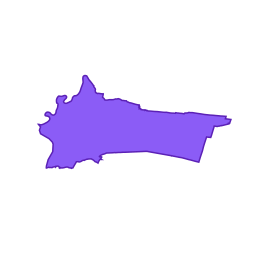 outline of Suharau, Botosani, Romania, rotated 326°
{"feature_id": "2599482B9614672235504", "entity_name": "Suharau", "entity_type": "district", "adm_level": 2, "iso_a3": "ROU", "parent_name": "Romania", "parent_adm1": "Botosani", "projection": "equal_earth", "projection_center": [26.43, 48.129], "detail": "fine", "context": "isolated", "style": "filled", "palette": "violet", "viewbox_px": 256, "rotation_deg": 326, "n_neighbors": 0, "source": "geoboundaries", "source_scale": "gbopen_adm2", "svg_char_len": 5464}
<svg xmlns="http://www.w3.org/2000/svg" viewBox="0 0 256 256"><g transform="rotate(326 128 128)"><path d="M215.8,173.2L213.2,171.1L212.1,170.3L211.2,169.6L210.3,168.8L208.8,167.6L207.2,166.3L206.0,165.3L204.2,163.9L203.9,163.7L201.5,161.7L198.9,159.5L196.8,157.5L193.6,154.6L189.7,151.0L188.8,150.5L188.2,150.0L187.9,149.8L187.2,149.1L186.4,149.0L185.6,148.7L185.2,148.4L184.4,148.1L183.7,147.4L182.7,147.5L182.4,147.6L180.8,146.0L179.1,144.7L178.5,144.1L177.4,143.3L176.1,142.0L175.7,142.2L175.5,142.3L173.5,140.7L173.1,140.5L170.8,138.6L170.5,138.2L169.7,137.5L168.6,136.4L168.0,136.0L167.6,135.9L166.8,135.2L166.2,134.8L164.8,133.6L163.6,132.6L161.5,130.8L159.2,129.1L156.0,126.5L155.5,126.1L154.9,125.7L154.2,125.1L153.7,124.5L153.0,123.9L152.7,123.2L152.8,123.2L152.6,123.0L152.5,122.8L152.4,122.8L152.1,122.8L152.2,122.6L151.9,122.5L151.8,122.2L151.7,122.2L150.2,121.1L149.8,120.6L149.6,120.5L149.1,120.0L149.3,119.2L148.9,119.0L148.6,118.8L148.5,118.4L148.3,118.3L148.5,118.2L148.8,117.8L148.6,117.4L148.8,117.4L149.1,117.6L149.2,117.2L149.4,117.1L149.4,116.9L149.0,116.8L149.1,116.5L149.4,116.8L149.5,116.8L149.7,116.7L149.7,116.4L149.6,116.2L149.8,116.0L149.7,115.8L149.7,115.7L150.0,115.5L150.2,115.2L148.6,113.8L148.5,113.6L147.8,112.9L147.7,112.8L144.4,108.8L143.6,108.1L143.0,107.3L142.7,106.6L142.3,106.3L142.0,105.8L141.9,105.6L141.9,105.3L141.9,105.0L141.9,104.6L140.8,103.8L140.2,103.2L139.2,102.3L138.6,101.9L138.3,101.7L138.0,100.6L137.8,100.2L137.2,99.2L136.9,99.0L136.6,98.6L136.3,98.2L135.1,97.8L133.8,96.9L133.3,96.8L132.4,96.5L131.5,96.2L129.7,95.0L128.4,94.1L126.1,93.1L124.8,92.1L124.7,91.9L124.4,91.6L124.4,91.4L124.6,90.9L124.6,90.2L124.4,89.3L124.1,88.5L124.1,88.2L124.8,87.7L126.5,86.0L126.6,85.8L126.6,85.7L125.7,85.3L123.0,82.8L121.9,82.3L121.6,81.5L121.4,81.5L121.2,81.0L121.0,80.4L121.2,80.1L121.5,79.1L121.8,78.5L122.4,78.0L122.6,77.7L122.7,77.4L122.8,77.0L122.8,75.3L122.7,74.7L122.9,74.2L123.2,74.0L123.3,73.9L123.1,73.1L123.1,71.6L122.9,68.3L122.7,67.5L122.8,67.3L122.7,66.6L122.6,66.1L122.8,63.8L122.9,61.7L121.7,60.4L120.5,60.1L119.9,60.2L119.6,60.3L119.1,60.7L118.1,61.9L117.6,62.8L117.0,63.9L116.5,64.8L116.2,65.2L114.8,66.3L111.3,68.8L109.2,70.5L107.9,71.3L106.1,72.0L105.4,72.2L103.7,72.3L103.4,72.3L102.9,72.1L101.8,71.4L101.2,71.3L100.1,71.4L99.4,71.7L98.9,71.9L98.0,72.8L97.4,73.2L96.4,73.7L95.8,73.9L95.2,73.9L94.5,73.7L93.6,73.7L92.8,73.5L91.6,73.3L91.0,73.2L90.5,72.9L90.0,72.6L89.6,72.2L89.3,71.7L89.1,71.2L89.2,70.4L89.3,70.2L89.5,69.9L91.1,69.2L92.7,68.9L93.3,68.8L93.8,68.5L94.3,68.2L94.6,67.7L94.6,67.2L94.6,66.7L94.3,66.2L93.9,65.8L93.4,65.5L92.8,65.3L92.0,65.1L90.8,64.7L90.3,64.4L88.6,62.9L88.4,62.8L88.1,62.8L87.5,62.9L86.2,63.4L85.4,63.9L84.5,64.6L84.0,65.3L83.7,65.7L83.0,67.1L82.9,67.6L83.4,68.1L83.4,68.6L83.2,69.2L82.9,69.6L82.7,69.9L82.5,70.0L81.8,70.9L81.6,71.1L80.5,72.1L79.4,72.7L78.4,73.3L76.8,75.0L76.0,75.5L75.2,75.8L74.3,75.8L73.8,75.8L73.1,75.4L72.8,75.1L72.5,74.7L72.0,73.4L71.9,72.3L71.8,71.7L71.4,71.0L70.8,70.3L70.3,69.9L69.7,69.6L69.1,69.5L68.5,69.6L67.9,69.7L67.5,69.9L66.8,70.4L66.5,70.8L66.4,71.1L66.4,71.6L66.6,71.9L68.2,73.5L68.5,74.0L68.8,74.8L68.8,75.1L68.7,75.8L68.6,76.2L68.4,76.5L68.2,76.8L67.9,77.1L67.6,77.3L67.0,77.6L65.7,77.9L64.3,78.0L61.2,77.7L60.0,77.5L58.2,77.0L57.4,76.6L56.1,75.1L55.8,74.9L56.1,78.2L53.3,80.3L52.3,83.9L56.6,92.7L57.4,97.4L56.9,99.5L52.4,105.5L44.1,109.6L39.1,113.9L37.9,115.4L38.0,115.6L39.5,116.0L39.8,116.1L40.3,116.2L40.6,116.5L40.7,116.8L41.0,117.0L41.7,117.4L42.0,117.7L42.4,118.0L42.6,118.1L42.8,118.3L43.3,118.5L43.8,118.4L45.8,119.2L46.0,119.3L46.0,119.8L46.5,119.5L46.6,119.8L47.1,119.9L47.4,119.8L47.6,119.9L47.8,119.9L48.1,120.1L48.7,120.5L49.1,121.4L49.2,121.8L49.0,122.0L49.1,122.4L49.1,122.7L48.8,122.8L49.0,123.3L49.3,123.2L49.7,122.9L50.1,123.5L50.9,124.2L52.7,125.1L54.0,125.5L55.6,126.2L56.3,126.9L56.8,127.9L57.2,128.3L57.6,128.6L58.4,129.4L58.4,129.6L58.5,129.8L58.8,129.8L59.0,129.7L59.9,130.3L62.5,129.0L65.7,127.5L66.3,127.1L67.7,127.9L67.9,128.0L68.2,128.6L68.6,128.9L69.1,129.1L70.0,129.4L70.5,129.4L71.2,129.5L71.7,129.4L71.9,129.5L72.5,129.6L73.0,129.8L73.2,130.0L73.7,130.2L73.8,130.4L74.2,130.3L74.6,130.5L76.0,130.7L76.9,131.2L77.4,131.3L77.8,131.6L78.1,131.7L78.4,131.9L79.1,132.3L79.4,132.6L80.0,132.8L80.3,133.1L80.6,133.6L80.6,133.9L81.2,134.8L81.6,136.0L81.7,136.7L81.9,137.6L82.4,138.2L82.8,138.7L83.0,139.2L83.3,139.7L83.5,140.3L85.2,139.2L86.8,138.5L87.4,138.4L87.8,138.7L88.0,139.0L88.3,139.2L88.1,138.8L88.0,138.6L88.2,138.2L89.6,137.7L89.9,137.5L90.0,137.4L90.0,137.2L89.8,137.0L88.4,136.0L88.3,135.9L88.3,135.7L88.6,135.5L89.0,135.6L89.3,135.6L89.7,135.4L90.2,135.4L91.5,135.6L92.1,135.7L94.2,136.4L96.1,136.7L101.5,140.0L103.5,141.1L103.7,141.4L106.5,143.0L108.1,144.1L109.6,144.9L111.0,145.8L111.7,146.3L112.4,146.7L114.2,147.8L127.2,155.8L127.8,156.1L128.1,156.4L128.9,156.8L130.7,158.0L131.9,159.2L141.5,168.5L144.5,171.4L147.3,174.1L148.8,175.5L148.7,175.6L148.9,175.7L150.6,177.4L152.1,178.9L153.7,180.5L154.0,180.9L154.5,181.3L156.0,182.7L158.7,185.8L160.9,188.4L161.9,189.4L165.3,193.4L167.6,195.9L171.8,192.5L176.9,188.6L180.1,185.7L182.7,183.6L188.1,179.4L191.3,182.1L193.2,180.7L194.4,179.7L199.8,175.3L200.5,174.6L201.6,175.5L202.6,176.5L203.1,176.8L203.4,176.8L203.7,176.9L205.2,177.7L205.6,177.7L206.2,178.0L206.7,178.1L206.8,178.4L213.9,181.0L214.1,181.1L214.8,180.9L214.5,180.4L215.3,180.6L218.1,178.5L213.9,174.8L215.8,173.2Z" fill="#8b5cf6" stroke="#5b21b6" stroke-width="1.5"/></g></svg>